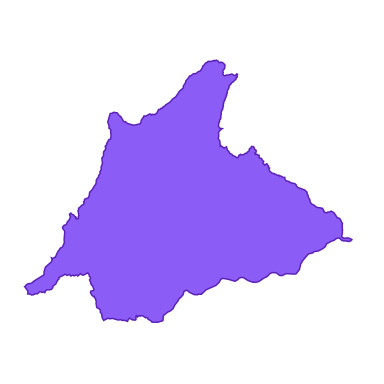 the district of Rovira, Tolima, Colombia, rotated 183°
{"feature_id": "7082276B59916866307322", "entity_name": "Rovira", "entity_type": "district", "adm_level": 2, "iso_a3": "COL", "parent_name": "Colombia", "parent_adm1": "Tolima", "projection": "robinson", "projection_center": [-75.359, 4.193], "detail": "fine", "context": "isolated", "style": "filled", "palette": "violet", "viewbox_px": 384, "rotation_deg": 183, "n_neighbors": 0, "source": "geoboundaries", "source_scale": "gbopen_adm2", "svg_char_len": 5990}
<svg xmlns="http://www.w3.org/2000/svg" viewBox="0 0 384 384"><g transform="rotate(183 192 192)"><path d="M167.3,255.0L165.1,256.9L167.6,257.1L169.1,259.3L168.7,262.8L168.1,264.0L168.3,265.4L167.5,266.1L167.1,267.2L167.1,270.5L166.8,271.4L167.1,273.4L165.7,276.4L166.0,277.1L165.5,277.5L165.6,278.3L165.1,279.5L165.4,281.3L165.0,281.9L165.2,283.1L164.1,285.0L164.4,285.6L163.6,286.8L163.6,287.6L162.9,288.7L162.9,289.9L162.4,290.5L162.7,291.6L162.0,292.3L162.2,293.3L161.8,295.4L160.5,298.0L160.4,300.2L158.9,301.6L158.3,303.0L156.9,303.9L154.0,307.0L153.6,308.7L152.8,309.1L153.1,310.9L152.7,311.9L153.6,312.2L154.8,310.7L155.5,310.5L158.4,311.9L162.2,310.6L163.8,310.7L165.1,309.7L166.6,310.2L167.5,311.8L167.0,312.9L167.6,314.2L167.3,315.2L165.9,317.0L165.7,320.6L167.5,322.4L169.9,323.3L170.8,322.6L171.6,322.6L173.1,324.4L174.8,324.9L175.6,324.3L176.7,324.6L177.0,324.1L178.0,324.2L179.0,323.5L182.8,323.3L183.3,322.4L185.1,321.6L187.1,318.7L187.8,318.4L188.3,316.2L190.0,313.4L192.2,312.4L194.2,310.4L196.6,310.3L199.2,308.1L200.5,307.7L202.0,305.1L203.9,302.8L204.3,300.6L206.2,297.4L206.1,295.8L206.5,295.1L209.7,292.1L213.2,286.2L216.3,283.8L217.9,281.5L219.7,279.8L222.9,277.6L223.5,276.5L225.2,275.7L225.9,274.2L227.4,274.0L228.1,272.9L229.7,272.7L231.2,269.0L232.7,267.8L234.1,267.3L235.8,267.5L236.8,266.8L237.3,267.6L238.4,267.7L241.9,265.5L244.0,265.4L244.5,263.7L245.1,263.4L246.4,260.9L246.9,258.2L247.7,257.3L253.6,255.6L259.3,256.9L261.2,257.8L262.2,258.8L263.4,258.5L264.7,259.9L267.1,263.7L268.5,264.3L270.8,267.1L274.4,267.5L276.0,266.4L277.8,266.1L279.8,257.5L278.0,252.6L278.4,251.6L276.9,250.4L276.2,249.4L276.4,247.9L275.7,243.7L276.2,240.5L277.8,239.9L279.7,235.9L279.9,234.3L281.1,233.2L280.4,231.2L281.1,229.1L282.4,227.6L282.3,223.4L283.8,221.1L282.9,215.8L284.1,212.2L283.8,209.7L285.0,207.4L284.7,206.0L286.0,203.5L286.2,202.0L287.2,200.8L288.3,198.5L288.1,197.3L288.5,194.7L290.0,192.7L291.8,189.0L294.2,186.4L294.5,182.8L295.3,180.8L298.9,179.1L299.0,177.3L299.8,176.4L299.1,175.5L299.9,173.8L301.5,172.9L303.6,170.4L304.5,169.9L304.2,168.5L304.9,167.5L303.8,162.8L304.3,161.1L304.0,159.7L305.3,159.0L306.6,159.4L306.9,159.9L306.4,160.7L308.3,161.9L308.9,162.8L311.5,163.9L311.9,164.6L313.2,163.4L312.6,161.6L312.1,161.2L312.2,160.2L313.6,157.0L314.8,155.9L315.9,152.9L316.5,152.4L317.7,152.3L319.4,150.3L319.3,148.9L317.6,147.0L317.0,145.6L317.2,137.4L316.8,134.8L318.5,130.3L320.9,128.8L321.2,127.5L322.2,126.6L323.7,123.4L325.0,119.7L325.8,119.6L327.5,118.3L328.9,118.9L328.1,116.7L329.1,114.5L334.4,109.4L335.6,104.4L335.4,101.6L345.4,94.6L347.0,92.9L348.1,92.3L351.0,91.8L352.7,90.6L353.2,89.4L354.2,88.8L350.6,84.3L350.8,81.6L348.6,81.6L346.9,80.8L345.2,81.0L342.7,82.3L341.0,82.2L338.9,84.4L337.6,84.4L336.6,83.8L335.4,84.5L333.8,83.7L333.0,85.6L331.9,86.7L329.0,86.9L327.3,87.4L326.0,89.2L325.9,90.7L323.3,92.9L321.6,96.8L320.2,98.3L320.4,99.7L315.5,102.4L314.8,103.2L313.9,103.1L312.4,102.1L310.1,103.3L308.6,101.7L306.5,102.8L305.3,102.1L303.2,103.1L302.3,102.9L301.7,102.1L299.1,104.6L297.7,103.5L296.0,103.3L291.8,105.8L290.3,103.8L290.1,102.5L289.1,101.5L288.7,100.4L289.7,99.0L289.3,97.7L288.4,96.8L288.3,95.0L287.6,94.5L287.4,93.8L286.6,93.4L284.8,89.5L285.1,88.6L287.9,87.7L288.1,86.2L286.8,83.9L285.0,82.5L284.1,82.5L283.9,81.4L282.7,80.3L282.4,78.7L281.8,77.7L282.0,75.7L281.1,72.0L280.8,71.4L279.3,70.9L277.4,69.5L277.2,66.8L276.0,65.9L275.1,61.8L273.5,59.1L269.4,61.5L267.5,61.1L264.6,61.6L259.5,60.4L258.3,60.3L257.1,60.9L255.0,60.1L252.6,60.3L249.6,59.4L249.0,61.3L247.8,62.7L245.0,61.2L242.0,61.1L241.3,61.6L241.5,64.8L241.1,65.6L239.8,64.3L239.0,65.5L238.6,65.3L237.9,65.7L237.3,65.3L236.5,65.8L234.8,65.8L231.6,63.9L230.6,64.2L229.6,63.7L229.3,62.7L226.1,61.1L225.1,59.9L219.1,60.2L214.5,61.9L214.1,62.8L214.3,66.8L210.1,70.7L206.8,72.5L204.9,74.4L203.3,78.1L200.4,82.3L199.4,84.6L197.8,86.0L195.5,89.0L194.7,92.6L194.4,92.9L193.3,92.9L192.0,93.8L189.5,91.8L184.7,89.7L181.2,89.6L180.5,90.2L177.2,90.4L172.8,95.1L163.2,100.0L160.1,103.3L158.8,106.0L157.6,107.1L156.1,107.3L151.0,106.7L144.4,105.1L141.4,107.0L140.5,108.5L137.7,109.4L135.6,108.9L132.2,106.9L129.8,106.0L126.5,105.1L124.3,105.1L121.2,105.8L119.3,107.0L116.0,109.6L112.5,111.5L109.8,114.7L107.6,115.7L103.4,115.7L100.9,113.7L99.5,113.2L97.4,113.3L93.9,115.4L85.2,115.4L83.7,115.8L80.7,120.1L79.7,125.6L77.8,129.3L73.1,135.5L72.2,136.3L68.0,137.6L67.2,138.8L63.2,139.6L61.2,140.6L58.3,142.4L55.9,144.5L55.1,147.0L54.4,147.6L49.9,150.3L47.5,151.2L46.1,152.6L43.5,153.9L41.8,153.2L39.9,151.5L38.1,151.1L35.4,151.2L33.0,150.7L30.9,151.5L29.8,152.7L31.1,153.6L33.6,154.3L38.2,153.8L40.3,155.4L39.6,158.8L39.9,160.6L39.6,162.0L40.1,163.2L40.0,165.1L40.3,166.2L40.1,168.3L42.6,172.7L43.6,173.5L45.7,174.1L49.1,178.7L52.1,180.2L53.4,179.2L55.4,179.1L56.2,178.3L58.4,178.6L59.0,179.0L59.1,179.8L60.9,182.6L61.9,182.3L62.6,182.9L65.4,183.0L67.6,183.7L69.0,185.0L71.4,186.0L73.1,187.6L73.7,188.9L73.7,190.1L75.5,192.7L75.9,194.7L77.0,196.4L77.1,197.8L79.3,199.8L86.6,202.1L88.3,203.9L88.4,204.6L89.7,205.7L94.3,206.5L95.3,207.5L98.6,208.1L99.7,209.3L100.2,211.5L101.7,211.3L104.2,212.7L105.3,212.3L105.8,213.2L106.5,213.3L107.4,212.9L109.3,214.1L110.1,214.0L110.5,214.5L113.1,215.1L115.5,216.9L116.4,218.7L115.8,219.9L117.0,220.5L116.8,221.7L118.6,224.0L119.1,224.1L120.2,222.8L121.0,222.9L121.1,223.4L122.3,223.8L122.6,224.8L122.0,226.4L123.2,227.1L124.3,229.1L126.6,229.6L126.8,231.6L127.2,232.4L128.2,232.2L129.2,233.1L130.5,232.9L131.1,233.3L131.4,234.1L130.3,234.6L130.0,236.8L131.6,237.9L132.6,240.2L134.1,240.7L135.1,240.5L135.0,239.4L136.8,238.3L137.1,237.5L136.9,236.6L137.2,236.0L138.9,234.6L139.5,233.5L140.3,233.6L142.7,231.9L144.7,231.7L145.7,232.2L146.4,231.1L147.1,231.1L147.8,228.9L148.6,228.5L151.6,230.1L153.3,230.6L154.1,231.7L156.4,232.7L157.3,234.4L158.7,235.5L160.0,238.9L162.2,237.6L165.2,239.5L166.2,239.2L166.1,240.1L166.9,243.4L166.7,244.0L168.6,246.7L168.2,249.2L168.6,252.8L167.3,255.0Z" fill="#8b5cf6" stroke="#5b21b6" stroke-width="1.5"/></g></svg>